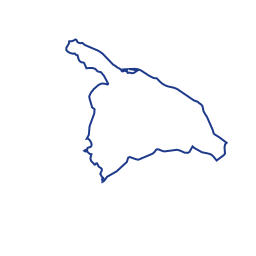 Haute-Corse, Albers equal-area conic projection, rotated 302°
{"feature_id": "FRA-5297", "entity_name": "Haute-Corse", "entity_type": "Metropolitan department", "adm_level": 1, "iso_a3": "FRA", "parent_name": "France", "parent_adm1": "", "projection": "albers", "projection_center": [9.18, 42.426], "detail": "fine", "context": "isolated", "style": "outline", "palette": "blue", "viewbox_px": 256, "rotation_deg": 302, "n_neighbors": 0, "source": "natural_earth", "source_scale": "10m", "svg_char_len": 2239}
<svg xmlns="http://www.w3.org/2000/svg" viewBox="0 0 256 256"><g transform="rotate(302 128 128)"><path d="M68.8,134.9L69.9,134.2L70.7,133.1L72.1,134.0L72.6,133.3L72.7,131.9L73.2,130.8L73.8,130.1L74.0,129.3L74.6,128.8L78.4,128.2L79.5,127.2L79.7,125.6L79.7,123.6L81.0,121.6L81.6,120.3L81.0,119.7L79.5,119.5L79.2,119.0L79.5,118.3L80.5,114.2L82.1,112.4L84.1,111.5L86.4,110.9L85.7,109.4L86.4,105.8L85.5,104.2L85.5,103.0L86.5,103.5L86.8,103.5L86.9,103.9L87.2,105.3L89.2,104.2L90.5,104.7L91.5,105.9L92.9,106.5L94.8,105.9L96.2,104.3L97.3,102.1L97.9,99.8L97.0,98.7L101.5,98.4L109.1,94.5L122.4,91.7L126.2,89.7L126.5,86.6L133.0,79.4L134.3,78.4L137.1,77.9L139.9,77.9L141.2,78.3L142.3,78.2L148.4,80.0L150.9,81.4L151.7,82.2L152.5,83.3L153.1,84.6L154.2,87.7L155.0,87.7L159.3,80.4L161.0,75.7L159.9,72.1L160.8,69.0L160.1,66.2L158.5,63.5L156.6,61.1L159.8,56.5L159.8,55.1L159.0,53.6L159.0,52.2L159.5,50.6L160.3,49.5L163.0,46.6L162.6,45.8L162.5,45.3L162.6,44.6L163.0,43.3L161.8,42.0L161.0,39.4L160.8,36.5L161.4,34.4L163.3,33.2L168.2,33.1L170.4,32.2L171.9,34.4L173.0,35.3L175.3,36.6L175.3,37.8L174.3,39.1L174.1,40.9L174.7,42.7L176.0,44.3L175.5,47.4L177.8,62.1L177.6,67.0L173.8,82.1L174.0,84.1L173.7,86.4L173.9,91.1L173.7,91.5L173.3,91.9L173.0,92.4L173.0,93.2L173.3,93.6L173.8,94.0L174.4,94.2L174.6,94.2L174.9,95.6L175.2,96.5L175.2,97.4L174.6,98.7L175.6,99.5L176.0,100.6L176.3,101.8L177.1,103.1L178.0,103.9L181.2,105.3L180.9,103.0L180.4,101.9L178.6,97.7L182.0,102.8L183.2,105.6L183.7,108.7L183.5,118.1L183.9,123.0L185.4,126.4L184.7,128.5L184.2,130.8L183.8,133.3L183.8,136.4L184.4,139.7L186.6,146.0L187.1,149.2L186.3,169.3L187.2,173.1L186.9,174.5L186.7,177.3L186.4,178.6L185.6,180.0L182.3,183.1L181.1,185.2L179.2,189.2L171.0,201.2L169.2,203.0L168.5,204.5L168.5,210.3L167.7,219.5L165.7,219.0L162.9,220.0L157.7,223.8L156.0,223.7L147.4,220.4L149.3,214.8L149.5,212.0L148.7,209.1L146.6,203.5L146.2,194.6L146.6,192.5L140.3,192.8L138.7,192.0L137.1,189.1L136.4,184.0L135.5,181.1L127.6,171.5L126.9,170.0L126.0,165.1L125.2,163.8L124.3,163.3L122.1,163.3L119.3,162.5L106.6,153.6L105.7,151.2L104.3,144.8L102.9,143.9L98.6,145.0L85.4,141.4L75.5,136.1L70.7,135.8L68.8,134.9ZM174.6,92.1L177.7,96.5L177.0,96.5L174.6,92.1Z" fill="none" stroke="#1e3a8a" stroke-width="2"/></g></svg>